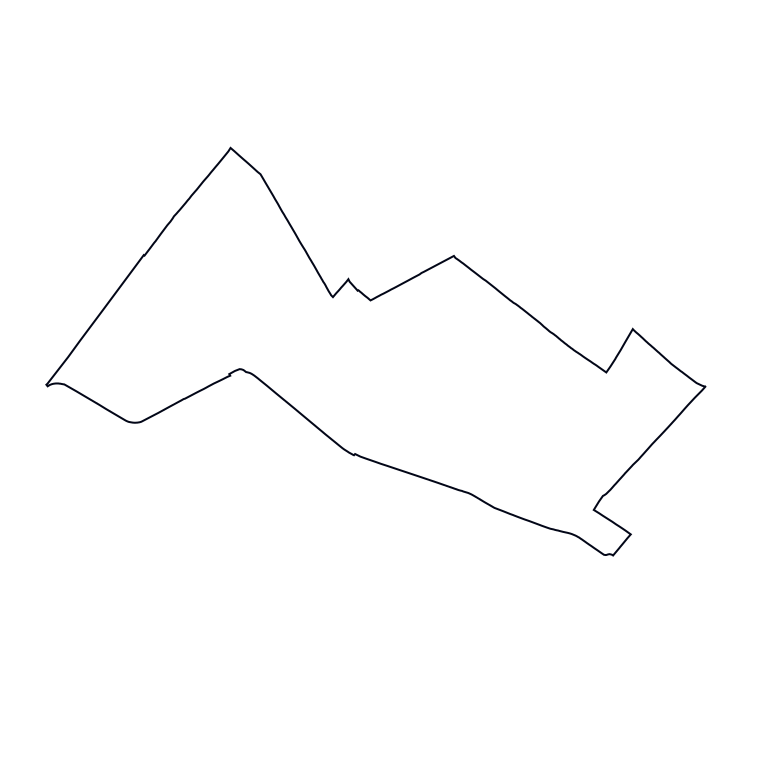 outline of Iztacalco, Distrito Federal, Mexico, rotated 211°
{"feature_id": "50627088B64976182761554", "entity_name": "Iztacalco", "entity_type": "district", "adm_level": 2, "iso_a3": "MEX", "parent_name": "Mexico", "parent_adm1": "Distrito Federal", "projection": "orthographic", "projection_center": [-99.097, 19.399], "detail": "fine", "context": "isolated", "style": "outline", "palette": "ink", "viewbox_px": 768, "rotation_deg": 211, "n_neighbors": 0, "source": "geoboundaries", "source_scale": "gbopen_adm2", "svg_char_len": 6160}
<svg xmlns="http://www.w3.org/2000/svg" viewBox="0 0 768 768"><g transform="rotate(211 384 384)"><path d="M673.0,209.5L671.1,208.8L670.5,210.0L670.0,211.0L669.4,211.8L668.7,212.7L667.5,213.9L666.4,214.8L665.6,215.4L664.9,215.8L664.2,216.3L663.5,216.7L662.5,217.1L661.5,217.6L660.3,218.0L659.0,218.5L658.2,218.8L657.8,219.0L644.0,219.3L617.0,219.5L609.1,219.4L587.1,219.6L586.6,219.6L584.6,219.8L583.1,220.1L581.0,220.9L579.0,221.7L577.1,222.8L575.6,223.8L573.8,225.3L572.6,226.6L569.9,231.0L567.7,234.6L562.6,242.9L561.9,244.1L556.0,254.2L548.8,266.4L548.5,267.0L547.9,268.0L547.1,268.8L545.2,271.9L543.5,274.7L540.6,279.5L538.3,283.2L535.8,287.1L534.5,289.3L533.3,291.4L530.2,296.6L528.6,299.0L527.0,301.4L524.6,305.1L523.1,307.5L522.3,308.8L521.5,310.0L520.1,311.9L521.5,312.7L521.7,312.8L518.5,318.4L515.4,322.4L513.6,323.2L511.6,323.6L508.3,323.2L507.6,323.5L504.9,324.3L503.0,324.5L502.6,324.5L501.7,324.5L499.5,324.4L495.2,323.9L491.9,323.4L483.3,322.2L471.8,320.4L463.7,319.2L448.1,316.9L442.4,316.0L408.4,310.7L389.5,308.0L386.6,307.6L384.4,307.4L380.2,307.3L378.8,307.2L376.5,307.3L373.5,307.4L373.0,307.5L372.7,309.1L366.8,309.6L361.3,310.7L351.4,312.8L345.5,314.0L339.0,315.5L334.0,316.6L325.0,318.6L319.2,319.9L306.6,322.7L287.0,327.0L265.4,331.5L263.3,332.1L262.7,332.3L262.2,332.5L260.7,332.7L255.6,334.0L252.1,334.4L248.6,334.5L236.8,334.5L225.5,334.7L219.4,335.8L216.0,336.4L209.8,337.4L209.1,337.5L205.6,338.2L204.8,338.3L200.8,339.0L193.8,340.3L189.1,341.3L176.8,343.6L176.6,343.6L171.6,344.6L171.1,344.7L166.9,345.6L163.7,346.7L162.4,347.0L160.8,347.5L159.2,348.1L158.0,348.4L154.3,349.5L149.6,351.1L147.5,351.7L145.8,352.1L143.8,352.4L142.3,352.6L141.9,352.7L140.0,352.8L138.5,352.8L138.1,352.9L135.4,352.7L134.5,352.7L132.0,352.5L130.5,352.4L128.3,352.2L126.6,352.1L125.4,352.0L123.0,351.9L119.1,351.6L115.5,351.4L112.5,351.2L109.4,351.0L107.5,350.9L106.0,351.5L105.2,352.1L104.3,353.2L103.1,354.3L101.7,354.8L100.3,355.1L99.3,355.0L97.8,364.5L97.6,366.1L97.1,369.2L95.9,377.3L95.0,382.2L101.2,382.7L104.5,382.9L108.6,383.1L112.6,383.2L117.3,383.5L121.5,383.6L125.1,383.7L128.7,383.8L132.8,384.0L139.3,384.1L139.2,394.0L138.7,400.8L137.8,402.3L136.9,404.3L135.9,408.3L135.5,409.7L134.3,416.3L134.0,417.5L132.8,423.9L132.6,424.8L131.5,430.5L131.4,431.5L131.1,432.7L129.2,441.6L129.0,442.8L127.0,450.1L126.7,451.7L126.4,453.5L125.6,457.5L124.7,462.3L124.4,463.8L123.2,470.4L121.8,476.7L120.6,481.9L120.3,483.3L118.5,491.7L118.2,493.1L116.6,501.1L116.2,503.0L115.3,507.9L114.8,510.4L114.5,512.0L113.6,517.1L112.6,522.4L110.5,532.3L108.1,542.1L107.0,548.0L107.5,547.1L110.3,546.4L116.5,545.8L118.7,546.0L122.3,546.4L125.5,546.7L128.6,547.1L131.7,547.4L135.0,547.8L136.0,547.8L138.4,548.1L140.0,548.3L142.0,548.5L144.6,548.8L145.4,548.9L148.1,549.2L149.0,549.4L149.3,549.4L149.7,549.6L152.4,550.1L157.3,551.0L157.6,551.1L158.2,551.2L161.4,551.8L162.9,552.1L164.1,552.4L165.0,552.5L165.6,552.6L168.7,553.2L169.7,553.4L171.2,553.7L171.6,553.8L173.2,554.0L174.6,554.3L175.2,554.4L178.4,554.9L179.6,555.2L181.4,555.5L184.5,556.2L185.7,556.5L187.9,556.9L188.7,557.1L191.8,557.7L194.5,558.1L198.1,558.9L199.0,559.2L198.8,544.0L198.6,535.0L198.7,526.0L198.6,524.7L198.9,515.5L199.4,508.4L209.0,509.1L211.0,509.3L213.1,509.4L214.3,509.4L216.2,509.5L218.5,509.7L221.5,509.8L223.5,509.9L225.5,510.0L228.2,510.2L230.0,510.4L230.6,510.4L231.7,510.5L232.5,510.5L232.8,510.5L233.3,510.5L233.6,510.6L234.3,510.6L235.7,510.6L236.9,510.7L238.9,510.8L240.0,511.0L240.7,511.1L242.1,511.1L243.2,511.3L244.4,511.4L245.3,511.5L246.6,511.6L247.3,511.8L248.3,511.9L249.6,512.0L250.3,512.1L251.6,512.3L252.2,512.4L253.9,512.6L254.4,512.6L256.3,513.0L256.8,513.0L258.9,513.4L260.2,513.6L261.3,513.8L262.7,513.9L264.0,514.1L265.9,514.2L266.3,514.2L267.9,514.2L268.7,514.3L269.6,514.4L271.1,514.7L272.3,514.9L273.5,515.1L274.1,515.2L275.7,515.4L277.0,515.6L278.6,516.0L280.1,516.3L281.4,516.6L283.9,516.9L284.1,516.9L284.3,517.0L284.8,517.0L285.1,517.1L285.3,517.1L292.0,517.9L292.3,518.0L295.6,518.4L296.9,518.6L298.2,518.8L298.5,518.8L302.2,519.3L304.6,519.6L306.3,519.7L306.8,519.8L307.1,519.9L309.1,520.1L309.8,520.2L310.4,520.2L311.2,520.3L312.5,520.4L314.3,520.3L315.8,520.4L316.9,520.6L318.4,520.7L318.8,520.7L320.7,521.0L322.8,521.3L325.3,521.6L328.8,522.1L332.4,522.6L335.1,523.0L337.6,523.4L350.2,525.0L351.3,525.0L353.4,525.1L362.5,526.2L365.2,526.5L368.1,526.8L371.0,527.2L373.5,527.5L376.0,527.8L378.3,528.1L380.2,528.2L382.7,528.5L385.3,528.7L387.6,528.8L390.0,529.8L407.7,500.5L408.9,498.7L409.5,497.4L409.9,496.3L413.6,490.2L414.2,489.2L416.6,485.1L419.0,481.1L421.8,476.4L423.4,473.7L424.8,471.4L426.7,468.4L427.3,467.3L428.5,465.3L431.0,461.2L432.4,459.1L433.6,457.0L434.9,454.9L436.2,452.6L437.2,450.9L438.6,448.7L442.5,449.4L445.3,449.7L447.9,450.1L450.5,450.6L452.3,450.8L453.0,451.0L453.8,451.1L454.4,451.1L454.7,450.4L455.8,450.8L466.2,454.0L468.5,455.5L468.9,452.1L469.9,446.7L470.4,444.3L470.5,443.4L471.0,440.5L471.7,437.2L472.5,432.2L475.2,432.9L475.6,433.2L478.3,434.6L478.8,434.8L481.2,436.2L483.8,437.7L484.2,438.0L486.1,439.1L487.5,439.8L488.5,440.2L490.9,441.6L491.4,441.8L493.6,443.1L494.6,443.6L496.2,444.5L497.9,445.4L498.4,445.7L501.5,447.5L505.4,449.7L505.6,449.8L509.2,451.7L509.5,451.9L512.8,453.6L516.3,455.6L520.5,458.0L524.1,459.8L527.2,461.4L530.2,463.0L537.7,467.3L541.4,469.3L544.3,470.9L547.3,472.5L550.7,474.4L554.2,476.2L557.0,477.8L559.8,479.2L562.3,480.6L565.6,482.5L566.9,483.3L568.9,484.4L572.5,486.3L575.8,488.2L579.5,490.2L589.1,495.4L595.3,498.8L597.9,500.2L601.7,500.7L607.6,501.9L613.8,503.1L617.1,503.7L620.1,504.2L626.1,505.3L632.3,506.5L637.1,507.3L637.2,503.2L637.4,501.8L637.6,500.4L638.5,494.1L639.5,487.3L640.1,483.7L640.5,481.1L640.6,480.4L641.3,476.1L641.6,473.7L641.9,471.6L642.8,466.7L643.2,464.4L644.6,454.1L645.1,451.4L646.0,446.3L646.4,442.4L646.7,441.0L647.0,439.0L647.2,437.3L647.7,434.3L648.6,428.7L648.9,427.0L649.1,426.1L649.6,423.2L650.4,419.5L650.4,417.3L650.7,413.2L651.5,408.5L651.8,405.5L652.6,397.7L653.3,389.6L653.3,389.1L653.7,386.7L654.6,377.9L655.4,370.7L656.3,370.8L663.0,302.5L666.8,264.8L668.6,244.4L672.6,210.9L673.0,209.5Z" fill="none" stroke="#020617" stroke-width="2"/></g></svg>